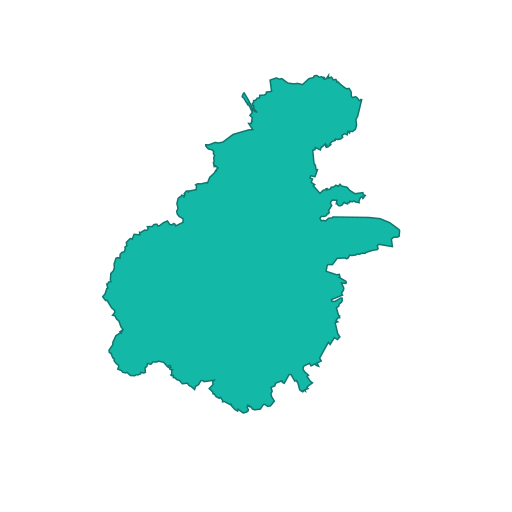 the district of Xalapa, Veracruz, Mexico, rotated 323°
{"feature_id": "50627088B48811130716283", "entity_name": "Xalapa", "entity_type": "district", "adm_level": 2, "iso_a3": "MEX", "parent_name": "Mexico", "parent_adm1": "Veracruz", "projection": "robinson", "projection_center": [-96.888, 19.542], "detail": "fine", "context": "isolated", "style": "filled", "palette": "teal", "viewbox_px": 512, "rotation_deg": 323, "n_neighbors": 0, "source": "geoboundaries", "source_scale": "gbopen_adm2", "svg_char_len": 6145}
<svg xmlns="http://www.w3.org/2000/svg" viewBox="0 0 512 512"><g transform="rotate(323 256 256)"><path d="M112.5,195.5L109.1,196.2L109.0,197.3L109.1,201.1L110.3,201.6L109.5,210.6L110.3,214.5L109.4,216.0L105.8,217.0L107.4,218.8L106.7,222.7L107.4,225.3L105.5,231.5L105.6,234.8L101.8,234.6L102.2,235.5L103.6,235.6L102.0,236.6L101.0,235.7L96.3,235.3L89.8,238.7L88.4,240.6L81.9,242.8L80.8,244.8L81.6,246.7L80.3,251.1L80.9,252.8L79.6,254.4L79.7,258.3L80.4,260.2L80.1,261.4L77.5,263.2L79.6,266.5L79.6,268.6L81.6,271.0L82.9,271.2L83.8,275.9L87.0,278.6L88.8,278.7L90.1,279.9L93.0,280.7L94.2,279.6L95.8,281.9L97.6,282.4L99.9,278.7L102.5,278.4L104.7,276.5L106.8,279.2L110.0,278.6L112.7,280.8L114.9,281.4L118.3,285.3L118.7,291.3L119.1,292.1L120.3,291.2L121.5,291.6L121.1,293.6L119.6,293.2L119.1,294.6L120.8,296.6L119.7,296.7L117.6,299.6L116.4,299.8L116.5,300.7L118.0,301.6L116.8,303.4L117.9,304.2L118.4,307.2L120.0,309.4L120.3,313.7L124.6,316.3L124.6,319.3L125.7,321.2L126.6,325.7L129.4,323.7L132.7,324.2L136.9,322.4L138.6,323.4L138.9,325.1L147.8,330.0L145.9,330.3L144.3,332.8L138.8,333.7L139.6,338.5L138.7,340.3L139.7,341.2L139.5,344.5L141.1,347.6L142.6,347.5L142.4,351.4L141.5,352.3L143.2,353.2L146.2,359.7L146.8,359.5L146.3,361.1L146.8,366.1L148.0,368.8L149.5,367.5L151.3,373.7L154.6,375.0L156.5,374.9L157.3,374.5L157.9,371.3L159.7,370.3L159.7,371.6L160.5,371.5L160.3,372.8L161.3,373.5L161.0,376.0L162.3,378.0L167.4,380.9L172.5,379.1L173.7,379.8L174.9,383.2L177.3,384.4L183.3,383.0L183.8,377.9L185.0,374.9L187.5,373.8L188.9,370.0L192.8,371.1L195.2,369.4L201.6,371.3L201.0,372.7L201.9,374.7L211.0,370.6L212.6,371.8L211.7,379.3L213.2,379.5L213.0,382.8L210.4,389.0L211.0,391.5L212.4,391.9L212.0,392.6L213.7,392.3L214.1,393.5L214.5,392.2L217.8,393.2L217.6,391.7L219.1,391.2L224.8,391.3L224.0,388.6L224.2,383.8L224.5,382.8L226.2,382.8L225.1,377.6L225.5,375.0L226.0,373.9L228.3,372.7L234.1,373.9L233.8,376.9L238.4,377.7L238.2,379.6L239.7,381.7L240.3,378.2L244.9,379.1L245.4,375.8L261.8,368.5L261.9,371.3L269.4,368.3L270.8,371.8L274.3,371.1L274.6,367.0L279.1,356.9L281.7,357.8L281.0,355.6L284.6,354.7L285.6,355.7L286.7,354.2L286.3,352.7L289.1,345.7L291.8,345.9L293.6,344.4L296.6,344.4L298.2,343.4L299.4,341.3L298.2,340.5L291.7,339.8L289.2,337.8L290.0,336.2L301.6,339.3L301.9,337.2L305.3,335.9L306.8,334.5L308.0,329.0L311.3,332.0L312.4,331.2L312.5,330.1L309.5,323.1L310.5,323.2L311.5,320.8L309.2,319.6L302.8,310.4L306.9,306.6L308.3,306.1L311.8,308.9L319.5,306.7L325.8,311.1L326.6,312.7L328.1,313.1L331.5,311.7L332.8,313.3L336.5,315.3L338.2,315.3L339.2,316.6L342.4,317.7L344.8,319.6L345.9,319.3L352.9,321.8L356.8,323.9L358.1,323.4L358.9,320.9L361.0,320.5L370.6,330.6L374.2,324.1L377.2,323.8L380.1,326.0L382.3,326.3L386.0,322.1L386.1,320.8L382.9,310.0L377.6,300.9L369.4,293.2L340.9,271.1L339.6,271.3L336.6,269.5L332.7,269.9L331.3,268.1L329.3,267.2L329.7,264.3L331.9,263.7L334.5,265.6L336.6,266.1L338.5,265.2L339.6,265.9L340.9,265.0L341.4,263.3L346.8,261.3L347.2,258.8L348.5,257.7L350.6,257.3L354.2,260.2L351.5,262.6L352.2,263.1L352.2,265.4L353.5,266.6L355.5,267.1L358.8,266.0L359.0,267.6L360.5,269.5L361.5,268.7L362.8,269.7L363.8,268.7L365.7,270.8L367.3,270.8L367.8,272.5L370.5,275.5L371.3,274.0L374.6,272.2L376.3,272.4L376.0,274.4L379.7,273.4L378.6,271.4L379.5,269.7L372.5,265.8L370.3,259.8L370.2,256.0L366.5,251.7L366.2,249.2L363.7,249.9L362.4,247.5L359.6,247.7L357.5,246.3L355.6,247.2L353.0,246.1L353.4,244.9L352.3,244.5L352.2,245.6L349.4,243.9L344.8,244.5L344.0,234.3L345.8,234.3L344.4,230.4L347.5,228.6L346.1,226.1L348.1,224.9L350.8,228.2L357.1,224.0L355.9,223.1L358.0,219.4L358.1,216.9L364.9,205.7L367.1,206.6L368.6,205.0L371.2,210.0L373.9,208.2L374.4,208.7L378.8,208.2L377.8,210.1L378.9,210.2L377.6,211.6L379.1,212.2L382.7,212.1L382.3,211.0L385.7,210.3L388.8,211.4L389.6,210.3L391.3,212.1L394.1,213.5L396.8,213.3L396.9,211.6L399.2,211.5L400.6,211.8L401.8,214.1L404.2,211.7L404.7,214.0L405.7,212.8L408.1,214.7L411.6,214.7L415.1,212.0L417.9,207.1L421.3,205.6L434.5,194.7L433.9,194.1L433.0,194.8L432.1,194.0L431.9,189.8L431.3,188.7L428.3,187.5L428.4,185.7L430.8,182.1L431.2,178.2L429.1,177.1L428.1,174.9L426.4,168.3L426.6,166.7L425.1,165.5L426.0,164.5L426.0,163.0L423.7,161.9L424.0,158.6L421.0,157.5L422.6,155.4L418.8,156.8L417.6,156.2L416.7,155.2L418.0,154.7L417.8,154.1L416.8,153.9L416.3,152.2L414.3,151.6L413.1,148.3L410.9,147.2L409.2,148.1L405.1,146.2L396.3,147.1L393.1,143.2L389.7,141.2L385.5,137.1L383.4,129.9L381.1,128.9L379.5,126.1L373.1,124.0L367.5,133.9L362.9,131.3L362.0,132.5L359.4,132.5L355.7,129.9L354.1,131.8L351.9,130.7L349.4,131.4L347.6,130.4L346.6,131.9L344.7,132.1L344.1,134.0L344.6,134.8L342.9,136.9L343.3,142.1L341.2,137.5L342.5,134.7L343.9,125.9L344.7,118.6L343.9,118.5L341.0,120.2L340.8,121.1L341.3,122.8L340.6,128.0L341.4,129.1L340.3,130.0L341.1,131.7L339.6,139.0L335.7,140.1L336.4,143.2L334.1,145.2L334.1,146.1L333.3,146.0L332.1,147.4L329.9,145.7L329.5,153.1L325.9,150.8L310.8,145.1L298.2,145.1L294.2,143.3L291.7,140.7L285.3,138.9L282.8,136.9L282.1,137.8L282.2,140.9L282.7,142.4L284.6,144.4L285.2,147.0L283.5,148.6L283.4,150.8L281.3,152.1L279.5,155.3L278.1,155.8L276.9,158.5L277.4,158.3L277.9,159.4L276.8,159.7L278.1,160.7L278.6,162.8L276.9,163.0L275.7,164.1L275.3,163.4L273.0,164.6L266.4,165.3L261.2,168.5L260.5,167.5L255.5,165.3L252.7,163.1L250.6,162.8L250.8,164.1L248.1,167.0L241.6,163.8L240.5,164.2L240.7,163.0L239.3,162.2L236.2,163.0L236.2,164.4L234.1,165.4L234.3,163.7L233.1,162.6L231.7,163.6L230.5,162.9L228.4,163.2L224.3,166.6L222.4,171.1L219.6,172.5L218.4,175.0L218.4,178.0L220.2,182.4L217.9,185.2L210.0,183.6L210.4,181.7L209.8,180.5L207.6,180.5L206.1,179.0L206.4,174.7L202.1,173.7L196.9,173.7L195.6,172.7L196.0,171.1L194.6,170.0L193.2,169.4L191.1,170.1L186.9,167.2L186.3,169.3L185.1,169.7L183.8,169.6L182.8,168.3L177.9,167.8L177.3,167.0L176.0,169.2L171.7,165.3L167.3,168.1L166.5,166.6L165.4,166.4L160.6,167.1L159.0,170.1L156.8,169.9L155.7,171.7L153.4,173.4L151.1,172.4L148.5,172.9L146.0,175.9L144.7,174.1L142.9,173.5L137.8,177.0L135.9,180.1L132.9,182.1L129.6,182.5L125.2,187.6L124.7,189.2L122.4,188.1L120.7,189.2L119.9,188.6L118.4,192.4L117.2,192.2L112.5,195.5Z" fill="#14b8a6" stroke="#0f766e" stroke-width="1.5"/></g></svg>